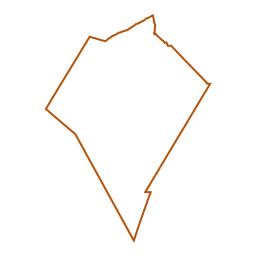 outline of Laren, Noord-Holland, Netherlands
{"feature_id": "6326949B16072016096330", "entity_name": "Laren", "entity_type": "district", "adm_level": 2, "iso_a3": "NLD", "parent_name": "Netherlands", "parent_adm1": "Noord-Holland", "projection": "robinson", "projection_center": [5.227, 52.243], "detail": "fine", "context": "isolated", "style": "outline", "palette": "amber", "viewbox_px": 256, "rotation_deg": 0, "n_neighbors": 0, "source": "geoboundaries", "source_scale": "gbopen_adm2", "svg_char_len": 5528}
<svg xmlns="http://www.w3.org/2000/svg" viewBox="0 0 256 256"><path d="M150.7,192.2L147.8,192.1L147.4,192.1L146.0,192.0L145.3,192.0L145.4,191.8L145.5,191.6L145.7,191.4L145.8,191.2L146.1,190.7L146.7,189.7L146.9,189.3L147.1,189.0L147.3,188.6L147.6,188.1L147.8,187.8L148.3,187.0L148.7,186.3L148.8,186.3L149.1,185.7L149.3,185.4L149.5,185.1L149.9,184.3L150.1,184.1L150.2,183.9L150.4,183.5L150.6,183.1L150.9,182.8L151.1,182.4L151.4,181.9L151.8,181.1L152.4,180.2L152.5,180.1L152.6,179.9L152.8,179.5L153.0,179.2L153.2,178.9L153.4,178.5L153.7,178.0L154.1,177.4L154.3,177.0L155.2,175.5L155.3,175.4L155.4,175.2L155.5,175.0L155.8,174.5L156.1,174.1L156.3,173.8L156.6,173.2L157.3,172.1L157.4,171.9L157.6,171.6L158.0,170.9L158.3,170.3L158.4,170.2L158.7,169.7L158.9,169.4L159.0,169.2L159.3,168.7L160.0,167.4L160.3,167.0L160.5,166.7L160.8,166.2L162.0,164.1L162.4,163.4L162.9,162.6L163.1,162.3L163.3,161.9L163.7,161.3L163.8,161.1L163.9,160.9L164.2,160.5L164.3,160.3L164.4,160.1L164.6,159.7L164.9,159.3L165.2,158.8L165.4,158.5L165.5,158.2L165.7,157.9L165.9,157.6L166.3,156.9L166.7,156.2L167.1,155.6L167.4,155.1L167.9,154.2L168.1,153.8L168.8,152.7L169.0,152.3L169.2,152.1L169.8,151.0L170.0,150.7L170.4,150.0L170.7,149.5L170.9,149.3L171.0,149.1L171.3,148.5L171.8,147.8L172.0,147.4L172.2,147.1L172.3,146.8L172.8,146.1L173.0,145.7L173.2,145.3L173.4,145.0L173.6,144.8L173.7,144.5L174.0,144.1L174.2,143.8L174.3,143.5L174.8,142.7L175.2,142.1L175.6,141.5L175.7,141.3L175.8,141.0L176.0,140.7L176.3,140.2L176.5,139.8L176.7,139.5L177.0,139.1L177.2,138.6L177.6,138.0L178.2,137.0L178.4,136.8L178.5,136.6L178.8,136.1L179.0,135.7L179.3,135.2L180.5,133.3L180.6,133.1L180.7,132.9L180.8,132.7L181.1,132.2L181.3,131.9L182.0,130.7L182.2,130.4L182.5,129.9L182.7,129.5L182.9,129.2L183.4,128.4L183.6,128.1L183.8,127.8L184.3,127.0L184.9,126.0L185.3,125.3L185.7,124.6L186.0,124.1L186.3,123.6L186.5,123.3L186.8,122.8L187.1,122.2L187.9,120.9L188.7,119.5L189.0,119.1L189.4,118.3L189.6,118.1L190.0,117.4L190.2,117.1L190.4,116.7L190.7,116.2L191.0,115.6L191.5,114.8L192.0,114.1L192.2,113.7L193.2,112.0L193.3,111.9L193.4,111.7L193.6,111.3L193.7,111.2L193.8,110.9L194.2,110.3L194.4,109.9L194.6,109.6L194.9,109.1L195.3,108.5L195.5,108.1L195.6,107.9L195.8,107.6L196.0,107.3L196.5,106.4L196.7,106.1L197.0,105.6L197.4,105.0L197.4,104.9L197.5,104.8L197.6,104.6L197.9,104.2L198.0,103.9L198.3,103.6L198.5,103.2L198.6,102.9L198.9,102.5L199.0,102.3L199.1,102.2L199.3,101.8L199.4,101.6L199.7,101.1L199.9,100.8L200.5,99.8L200.6,99.6L200.9,99.2L201.1,98.8L201.4,98.3L201.9,97.5L202.0,97.4L202.2,97.0L202.9,95.8L204.1,93.9L204.3,93.5L204.5,93.2L205.0,92.3L205.3,91.9L205.4,91.7L205.7,91.1L205.9,90.9L206.4,90.1L206.6,89.7L207.8,87.7L208.1,87.3L208.6,86.4L208.8,86.1L209.0,85.8L209.1,85.5L209.2,85.4L209.4,85.0L209.5,84.9L209.7,84.6L209.8,84.4L210.0,84.0L210.1,83.8L209.2,83.7L206.9,83.5L207.1,83.1L206.1,82.0L205.1,81.0L200.9,76.7L195.3,70.9L194.3,69.9L190.1,65.6L189.5,65.0L184.7,60.0L182.6,57.8L181.2,56.3L180.6,55.7L180.4,55.5L178.4,53.4L173.3,48.0L172.9,47.6L172.3,46.9L171.3,45.8L170.8,45.7L168.5,45.8L167.8,45.8L166.9,43.5L166.4,42.4L166.1,42.5L164.8,42.9L163.9,41.6L159.6,37.9L157.6,36.0L156.2,34.5L155.5,33.8L154.7,34.3L154.4,33.9L154.1,33.6L154.1,33.4L154.3,32.8L154.3,32.7L154.4,32.4L154.5,32.2L154.6,31.7L154.7,31.2L154.7,30.8L154.7,30.6L154.7,30.1L154.7,29.8L154.7,29.5L154.7,29.2L154.8,28.8L154.8,28.6L154.8,28.3L154.9,27.9L154.9,27.6L155.0,26.9L155.0,26.6L155.1,26.1L155.1,25.7L155.2,25.3L155.2,25.2L155.1,24.9L155.0,24.6L155.0,24.3L154.9,24.2L154.8,23.9L154.5,23.4L154.5,23.2L154.4,23.1L154.4,22.9L154.3,22.4L154.1,21.3L154.0,21.2L153.9,21.0L153.9,20.8L153.8,20.4L153.8,20.1L153.7,19.8L153.7,19.4L153.7,19.1L153.6,18.7L153.6,18.3L153.5,17.9L153.4,17.4L153.3,17.1L153.1,16.5L153.1,16.3L153.0,16.2L153.0,15.9L152.9,15.4L152.6,15.4L152.1,15.7L150.9,16.4L149.3,17.3L148.9,17.5L148.5,17.7L147.2,18.2L147.0,18.3L146.3,18.6L145.8,19.0L145.3,19.4L144.7,19.8L143.7,20.6L143.1,20.9L142.8,21.1L142.3,21.3L141.1,21.8L140.5,22.2L140.3,22.3L139.9,22.5L139.2,22.9L138.8,23.1L138.5,23.2L137.7,23.5L137.4,23.6L135.6,24.3L135.1,24.8L134.4,25.4L133.6,26.1L132.6,26.6L131.8,27.1L131.4,27.3L130.5,28.0L128.8,29.0L128.2,29.5L127.9,29.9L127.6,29.9L127.4,30.0L126.7,30.2L126.0,30.4L125.8,30.4L125.6,30.5L125.1,30.8L124.6,31.0L124.3,31.1L123.9,31.2L123.4,31.4L123.1,31.4L122.5,31.5L122.2,31.5L121.7,31.7L121.5,31.8L121.3,31.9L121.1,32.1L120.7,32.3L120.3,32.5L120.0,32.5L119.5,32.6L119.2,32.6L118.9,32.7L118.6,32.8L118.3,33.0L118.0,33.2L117.6,33.5L117.3,33.7L117.0,33.9L115.9,34.6L114.6,35.2L114.3,35.3L113.5,35.5L113.1,35.7L112.4,36.0L112.0,36.3L111.6,36.6L110.9,37.0L110.5,37.4L110.3,37.6L109.7,37.9L109.0,38.3L108.7,38.5L108.2,38.9L107.8,39.2L107.2,39.8L106.7,40.3L106.0,40.7L105.8,40.9L105.4,41.2L104.8,41.1L93.6,37.9L89.6,36.8L87.8,39.8L78.6,55.0L64.6,77.9L61.4,83.2L56.4,91.5L52.8,97.4L45.9,109.0L50.1,112.6L56.0,117.7L60.7,121.7L65.5,125.8L69.2,129.0L75.4,134.2L76.7,136.6L78.9,140.6L83.4,148.8L86.9,155.2L89.1,159.3L90.0,160.8L92.0,164.4L93.8,167.8L100.1,179.2L101.7,182.2L101.8,182.2L109.3,196.0L110.6,198.3L111.7,200.3L112.5,201.9L114.1,204.7L120.3,216.0L122.5,220.0L124.3,223.2L131.3,236.1L133.8,240.6L134.8,237.8L135.5,235.7L135.6,235.2L136.6,232.2L137.3,229.9L138.1,227.5L138.3,227.1L138.6,226.3L138.8,225.5L139.1,224.8L139.2,224.4L139.5,223.7L140.1,221.7L140.4,221.0L140.5,220.7L140.7,219.9L141.3,218.5L141.7,217.3L143.4,212.4L144.1,210.5L144.4,209.7L145.2,207.3L146.2,204.6L147.0,202.2L148.9,196.9L149.8,194.5L150.1,193.8L150.7,192.2Z" fill="none" stroke="#b45309" stroke-width="2"/></svg>